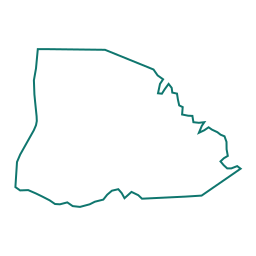 Terezinha, Pernambuco, Brazil (Robinson projection)
{"feature_id": "56859067B64168631731384", "entity_name": "Terezinha", "entity_type": "district", "adm_level": 2, "iso_a3": "BRA", "parent_name": "Brazil", "parent_adm1": "Pernambuco", "projection": "robinson", "projection_center": [-36.613, -9.073], "detail": "fine", "context": "isolated", "style": "outline", "palette": "teal", "viewbox_px": 256, "rotation_deg": 0, "n_neighbors": 0, "source": "geoboundaries", "source_scale": "gbopen_adm2", "svg_char_len": 1007}
<svg xmlns="http://www.w3.org/2000/svg" viewBox="0 0 256 256"><path d="M240.6,168.7L237.2,166.1L231.3,168.4L227.2,168.4L223.7,165.2L220.5,161.4L223.9,158.2L227.8,155.9L226.6,149.3L226.5,141.9L224.5,136.3L220.6,134.7L217.4,132.2L211.9,129.6L208.6,127.3L204.2,130.3L198.9,132.8L201.8,125.9L204.3,122.2L198.9,122.8L193.4,122.2L192.4,115.9L188.1,115.7L182.1,114.5L182.7,107.1L179.2,105.4L177.9,99.5L177.0,93.6L172.3,92.6L171.7,87.9L168.6,83.9L164.6,89.4L161.9,93.7L158.0,93.3L160.0,83.9L163.1,79.3L157.6,75.4L153.5,69.5L105.0,49.8L44.1,49.1L37.8,49.1L36.0,68.4L33.9,80.3L34.4,94.3L35.2,102.6L36.6,116.3L36.8,121.0L36.0,125.2L33.8,130.3L20.2,154.5L17.0,162.0L15.4,187.1L20.1,190.4L28.2,190.1L35.8,193.4L42.2,196.5L49.6,200.3L55.0,204.0L59.9,204.3L67.3,202.4L72.7,206.1L80.0,206.9L89.7,204.3L94.9,201.7L99.3,200.6L103.3,199.6L107.2,194.7L111.9,190.7L118.3,189.2L121.7,193.1L124.5,198.2L131.5,191.9L138.3,195.2L142.0,198.7L185.5,196.6L201.6,195.6L240.6,168.7Z" fill="none" stroke="#0f766e" stroke-width="2"/></svg>